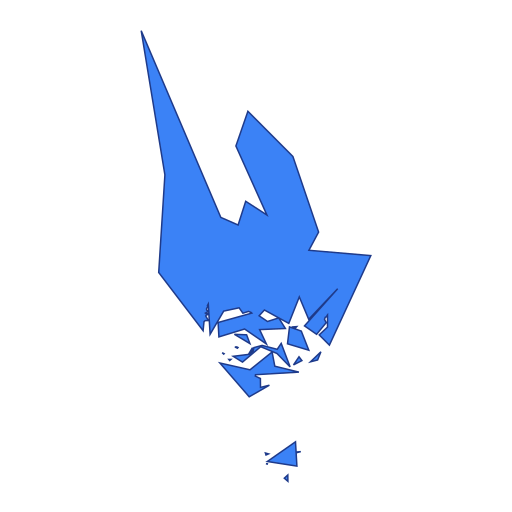 the district of David, Chiriquí, Panama
{"feature_id": "35544464B4717226524239", "entity_name": "David", "entity_type": "district", "adm_level": 2, "iso_a3": "PAN", "parent_name": "Panama", "parent_adm1": "Chiriquí", "projection": "mercator", "projection_center": [-82.37, 8.424], "detail": "medium", "context": "isolated", "style": "filled", "palette": "blue", "viewbox_px": 512, "rotation_deg": 0, "n_neighbors": 0, "source": "geoboundaries", "source_scale": "gbopen_adm2", "svg_char_len": 1948}
<svg xmlns="http://www.w3.org/2000/svg" viewBox="0 0 512 512"><path d="M158.7,272.5L203.1,330.7L204.0,321.7L205.2,320.6L208.4,320.6L205.7,316.0L206.4,315.0L207.8,314.6L208.3,313.6L205.9,313.5L205.4,313.1L208.3,311.3L206.7,310.1L206.5,309.1L206.7,308.2L207.7,307.1L207.4,305.5L208.3,303.9L210.1,334.3L223.7,311.1L239.1,307.8L242.9,313.2L248.5,311.4L251.2,312.5L251.8,313.1L218.1,322.5L218.9,336.9L244.6,329.0L266.4,344.0L259.6,329.6L285.4,328.5L278.7,317.9L267.5,321.5L259.1,315.8L264.4,310.0L288.8,323.4L299.3,296.9L308.7,319.3L337.7,288.7L304.5,325.9L316.6,334.3L326.2,322.7L324.5,319.3L325.3,317.2L327.4,316.5L327.0,315.5L327.5,314.9L327.5,327.1L319.2,334.9L329.4,345.1L370.8,255.6L308.9,250.3L318.6,232.1L292.9,156.5L247.9,111.3L235.9,146.0L266.9,215.0L245.7,201.3L238.1,225.0L220.8,217.4L141.2,30.7L164.9,174.9L158.7,272.5ZM249.2,396.8L269.4,385.2L260.5,387.4L260.4,378.5L255.3,376.1L255.5,374.7L298.9,372.1L274.8,366.2L272.1,352.0L250.0,369.8L219.9,363.0L249.2,396.8ZM290.1,366.9L281.2,343.4L277.2,349.3L262.1,345.4L253.9,347.6L253.1,351.1L249.3,354.3L233.2,356.3L242.5,362.1L260.7,346.7L277.0,353.5L290.1,366.9ZM267.3,461.5L296.9,466.1L295.5,441.8L267.3,461.5ZM308.8,350.2L301.3,331.1L289.5,326.9L287.5,343.8L308.8,350.2ZM234.4,334.3L249.9,343.6L246.6,334.8L234.4,334.3ZM310.5,361.8L317.6,360.0L320.9,351.8L310.5,361.8ZM293.5,364.9L301.9,360.6L299.0,356.8L293.5,364.9ZM248.7,354.0L250.7,352.8L250.8,351.0L252.4,347.8L248.7,354.0ZM284.3,478.2L287.9,481.3L287.8,475.0L284.3,478.2ZM294.8,328.6L296.7,326.6L293.0,326.9L294.8,328.6ZM234.9,347.0L237.4,348.2L238.0,347.5L236.8,346.9L234.9,347.0ZM266.0,455.0L268.5,453.9L265.4,453.0L266.0,455.0ZM251.1,351.0L253.1,350.6L252.6,348.8L251.1,351.0ZM297.0,452.6L300.8,451.6L296.8,452.0L297.0,452.6ZM229.7,360.5L230.9,359.4L228.8,359.4L229.7,360.5ZM222.2,352.7L223.7,354.1L224.1,353.7L222.2,352.7ZM266.0,463.7L267.2,464.1L267.3,463.8L266.0,463.7Z" fill="#3b82f6" stroke="#1e3a8a" stroke-width="1.5"/></svg>